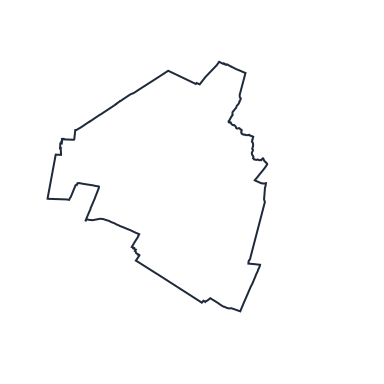 the district of Pijnacker-Nootdorp, Zuid-Holland, Netherlands, rotated 321°
{"feature_id": "6326949B78332299759776", "entity_name": "Pijnacker-Nootdorp", "entity_type": "district", "adm_level": 2, "iso_a3": "NLD", "parent_name": "Netherlands", "parent_adm1": "Zuid-Holland", "projection": "natural_earth1", "projection_center": [4.43, 52.011], "detail": "fine", "context": "isolated", "style": "outline", "palette": "slate", "viewbox_px": 384, "rotation_deg": 321, "n_neighbors": 0, "source": "geoboundaries", "source_scale": "gbopen_adm2", "svg_char_len": 5672}
<svg xmlns="http://www.w3.org/2000/svg" viewBox="0 0 384 384"><g transform="rotate(321 192 192)"><path d="M154.4,315.1L155.9,314.3L158.0,313.1L160.0,312.1L162.1,310.9L163.9,310.0L172.5,305.5L178.2,302.5L181.5,301.1L183.3,300.1L184.2,299.6L187.4,297.9L190.2,296.3L193.0,295.0L194.8,293.9L196.9,292.9L198.3,292.1L199.1,291.4L196.7,289.0L195.7,287.9L190.9,283.3L191.4,283.0L191.2,282.6L191.4,282.3L191.6,282.1L192.2,281.7L192.7,281.3L193.1,281.0L193.6,280.9L194.4,281.0L242.4,245.6L243.1,243.6L243.5,242.9L246.3,240.0L249.8,236.3L251.0,235.0L252.6,233.8L252.9,233.6L255.0,231.7L253.7,231.0L253.3,230.7L252.3,229.9L252.1,229.4L251.6,229.1L251.4,228.9L248.1,222.4L248.4,222.3L249.3,222.1L253.4,221.4L253.7,221.2L254.9,221.0L255.1,220.9L258.7,220.2L258.8,220.2L265.0,218.8L265.3,218.5L267.2,218.1L267.8,217.8L268.1,217.6L268.2,216.6L268.2,215.8L268.0,215.7L268.0,215.8L268.1,215.7L268.1,215.4L267.9,215.0L267.9,214.9L267.8,214.7L267.9,214.0L267.7,213.4L267.8,213.2L267.9,212.9L268.5,210.7L268.3,210.4L268.0,210.4L267.5,210.6L267.3,210.5L266.4,210.8L266.4,210.7L266.0,210.8L265.9,210.6L266.0,210.6L266.0,210.4L265.0,210.1L264.3,209.7L264.2,209.5L263.7,208.4L263.5,208.1L263.2,207.9L262.4,207.7L262.0,207.4L261.9,207.3L261.8,206.9L261.3,206.3L260.7,205.7L260.8,205.4L260.8,205.2L260.7,204.7L260.6,204.4L261.2,204.1L261.4,203.8L261.7,203.6L261.8,203.5L261.7,203.2L261.8,203.0L261.9,202.7L262.0,202.4L262.2,201.9L262.2,201.7L262.1,201.3L262.3,200.8L262.4,200.3L262.7,199.8L262.9,199.4L263.5,199.0L264.4,198.6L265.1,198.3L265.5,198.0L265.8,197.7L266.0,197.4L266.0,197.0L265.9,196.5L266.1,196.2L266.8,195.7L267.7,195.2L268.8,194.3L269.2,193.8L270.1,192.4L270.1,191.7L270.2,191.1L270.2,190.6L270.3,190.5L270.8,190.4L271.1,189.9L271.5,189.7L271.7,189.4L271.8,189.3L272.1,189.3L272.4,189.2L272.7,188.8L272.8,188.6L274.2,187.8L274.4,187.6L274.3,187.3L273.8,186.7L273.5,185.9L273.4,185.8L272.9,185.2L272.8,184.8L272.7,184.6L272.4,184.3L272.3,184.2L272.5,183.8L272.5,183.6L272.1,183.5L271.8,183.2L271.2,182.9L270.3,182.3L269.6,181.5L269.5,181.2L269.4,180.9L269.3,180.7L268.5,180.3L268.4,180.1L268.3,179.8L268.1,179.7L267.9,179.3L267.7,179.1L267.6,178.6L267.4,178.3L267.3,177.9L267.4,177.7L267.7,177.3L267.7,176.7L267.8,176.6L268.2,176.2L269.3,175.6L269.5,175.2L269.6,174.8L269.4,174.7L269.0,174.0L269.0,173.8L269.1,173.1L269.0,172.5L269.0,172.3L268.6,171.9L268.3,171.7L267.5,171.4L266.9,171.0L266.8,170.8L266.7,170.6L266.6,170.3L266.6,170.0L266.9,169.3L267.0,168.9L267.2,168.3L267.1,167.8L266.8,166.4L266.5,166.2L266.0,165.9L265.9,165.8L265.6,164.8L265.5,164.4L265.4,164.0L265.5,163.5L265.8,162.7L265.8,162.2L265.7,161.9L265.6,161.7L265.2,161.4L264.6,161.4L264.5,160.7L264.7,160.3L265.1,160.0L265.8,160.0L266.3,159.8L266.6,159.6L267.1,159.5L267.4,159.2L268.3,159.0L268.9,158.7L269.5,158.3L270.9,158.1L271.0,158.0L271.1,157.9L271.3,157.7L271.6,157.7L271.8,157.8L272.2,157.6L272.2,157.4L273.1,156.1L273.5,155.7L273.9,155.4L274.6,155.2L276.1,155.0L277.8,154.5L278.6,154.5L278.9,154.4L279.8,154.0L280.7,153.4L281.1,153.2L281.7,153.1L283.1,152.9L284.3,152.6L284.7,152.3L285.4,152.1L285.5,152.0L285.8,151.4L286.5,151.2L287.0,151.2L287.3,151.0L288.8,150.0L288.9,149.9L288.7,149.3L288.7,149.1L289.0,148.1L289.6,147.3L290.2,146.5L298.3,140.6L305.7,135.2L308.5,133.1L307.3,131.2L306.7,129.9L305.2,127.0L304.9,126.6L303.6,124.2L301.2,118.7L301.1,118.8L300.3,116.7L300.2,116.3L299.6,114.9L299.0,115.0L298.6,114.2L298.3,114.2L298.1,113.9L298.3,113.8L298.3,113.6L297.7,112.0L296.9,112.1L295.0,107.9L291.2,109.0L274.8,111.1L265.7,113.2L264.2,110.2L263.0,110.5L249.8,82.8L231.8,80.9L216.8,79.2L209.6,78.5L208.5,78.3L205.9,77.4L199.8,76.8L193.8,76.3L193.4,76.0L193.1,76.2L190.7,75.9L190.6,76.0L188.2,75.8L188.2,76.0L169.6,74.2L169.9,74.1L162.5,73.4L162.1,73.4L157.5,73.0L157.6,72.9L157.1,72.8L147.7,72.0L145.1,71.7L142.8,71.3L142.7,71.3L140.9,71.0L140.3,70.4L133.5,77.1L132.9,76.9L125.9,70.8L125.8,70.7L125.9,70.3L125.9,70.1L125.7,70.0L125.3,69.9L125.1,69.7L125.1,69.4L124.3,68.9L123.5,69.9L123.0,70.3L122.3,70.6L122.8,71.0L122.1,71.5L121.3,72.4L120.1,71.5L119.2,72.5L118.6,73.3L118.1,73.7L116.9,75.0L117.6,75.5L117.0,75.9L115.3,78.5L115.1,78.6L114.4,79.7L113.6,80.7L112.0,79.3L111.2,78.6L109.6,77.2L75.5,106.3L75.6,106.5L89.0,118.1L90.5,119.5L90.9,120.1L91.6,120.8L93.3,119.9L94.6,119.6L105.7,113.5L107.3,113.7L107.3,113.8L108.6,113.1L109.3,113.8L109.5,113.7L109.7,113.8L111.4,115.8L112.7,117.3L113.0,117.7L114.6,119.4L115.9,120.9L117.1,122.1L117.6,122.8L118.9,124.1L121.0,126.8L121.4,127.3L122.1,127.9L122.9,128.8L123.1,129.1L123.1,129.3L123.0,129.5L122.5,129.9L121.3,130.7L113.6,135.1L112.6,135.7L111.2,136.5L110.7,136.7L109.6,137.3L103.4,140.6L103.0,140.7L102.1,141.6L101.7,141.8L100.7,142.2L98.0,143.6L97.3,144.0L96.0,144.7L91.4,147.2L91.5,147.4L92.8,146.8L94.7,149.1L97.1,151.4L103.8,155.0L105.9,157.1L108.3,160.8L109.0,161.7L109.5,162.6L109.6,163.0L110.6,165.1L111.5,166.5L112.0,167.5L112.4,168.3L112.8,169.5L113.5,170.8L114.2,172.1L114.5,172.9L116.8,176.9L118.0,179.2L120.0,182.7L121.9,186.8L122.2,187.4L123.2,189.4L124.0,190.7L124.4,191.6L122.6,192.3L122.6,192.5L120.9,193.2L117.8,194.2L110.6,196.8L111.7,198.8L110.9,199.0L112.1,201.4L110.5,201.9L110.8,202.6L110.1,204.5L111.1,206.9L110.7,207.0L111.3,208.1L111.2,208.2L105.2,210.0L106.0,212.2L112.5,231.5L113.6,234.6L130.0,284.2L132.5,283.7L132.9,284.8L133.1,285.8L134.5,285.6L134.9,285.9L135.1,286.0L135.8,286.0L137.4,286.1L139.3,286.0L140.9,290.4L141.8,293.1L142.2,294.2L142.9,296.7L143.8,299.6L144.3,300.9L144.8,301.3L145.5,302.7L146.0,303.8L146.3,304.2L146.9,304.9L147.1,305.4L147.2,305.6L148.7,306.6L149.2,306.8L149.3,306.9L150.1,308.2L151.6,310.5L153.0,312.9L154.0,314.4L154.4,315.1Z" fill="none" stroke="#1e293b" stroke-width="2"/></g></svg>